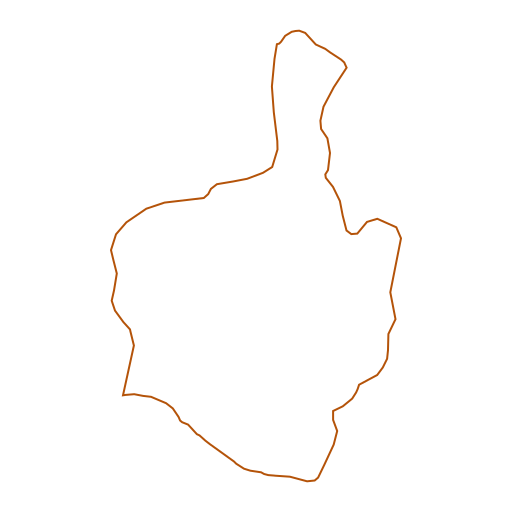 the district of Mayo-Louti, Nord, Cameroon, rotated 90°
{"feature_id": "32672807B2656917895115", "entity_name": "Mayo-Louti", "entity_type": "district", "adm_level": 2, "iso_a3": "CMR", "parent_name": "Cameroon", "parent_adm1": "Nord", "projection": "mercator", "projection_center": [13.772, 9.925], "detail": "fine", "context": "isolated", "style": "outline", "palette": "amber", "viewbox_px": 512, "rotation_deg": 90, "n_neighbors": 0, "source": "geoboundaries", "source_scale": "gbopen_adm2", "svg_char_len": 1478}
<svg xmlns="http://www.w3.org/2000/svg" viewBox="0 0 512 512"><g transform="rotate(90 256 256)"><path d="M350.2,124.0L334.0,123.6L319.2,116.5L292.3,121.7L238.3,111.0L227.3,115.7L218.8,134.7L221.9,145.0L233.6,154.7L234.1,160.7L230.5,165.5L215.6,169.3L201.0,172.1L186.9,179.0L177.8,186.2L174.4,186.7L170.1,184.0L153.0,182.0L138.3,184.6L129.0,190.9L120.7,191.6L106.7,188.5L87.2,178.2L67.7,165.4L63.1,167.5L62.5,167.7L59.6,170.9L52.4,181.9L48.9,186.7L44.5,196.2L32.9,206.8L30.7,212.8L31.0,216.5L31.8,220.3L35.8,226.8L37.8,228.2L41.7,230.9L43.6,232.8L44.2,235.1L58.9,237.5L86.5,240.1L112.2,238.2L141.0,234.7L149.5,234.5L167.0,239.8L172.8,249.0L178.8,264.9L181.5,279.0L184.2,295.1L188.9,301.1L194.1,303.8L198.0,308.2L202.6,347.5L208.7,365.7L222.3,385.6L234.3,396.0L250.1,401.0L259.7,398.7L273.5,395.2L290.5,398.0L300.7,400.3L310.6,397.0L322.1,388.6L329.4,382.0L331.3,381.6L345.5,378.1L395.3,389.0L394.9,386.3L394.2,377.8L395.9,368.9L396.8,361.0L403.2,345.9L408.4,339.2L417.0,333.4L420.5,331.9L422.2,329.9L424.6,323.9L434.2,315.1L435.4,312.5L440.6,306.7L444.1,302.2L457.7,283.3L461.5,278.0L463.7,275.8L468.7,268.0L470.7,261.6L472.3,250.9L474.0,247.9L475.1,243.7L475.6,237.5L475.7,237.0L475.7,236.8L476.7,222.1L481.3,204.9L480.5,197.3L477.6,193.9L464.8,187.7L444.6,178.3L431.0,174.8L419.9,178.9L411.0,178.9L406.3,169.2L401.0,162.7L398.6,159.8L392.5,155.9L389.2,154.4L384.7,152.9L375.0,134.8L367.5,129.2L358.8,124.9L350.2,124.0Z" fill="none" stroke="#b45309" stroke-width="2"/></g></svg>